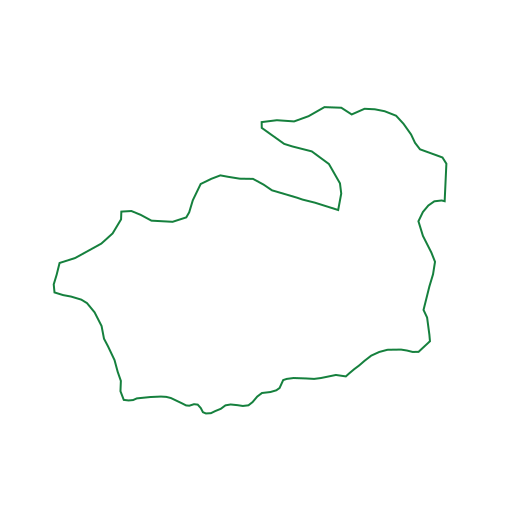 outline of Samcheok-si, Gangwon, South Korea, rotated 104°
{"feature_id": "91817680B11339106619066", "entity_name": "Samcheok-si", "entity_type": "district", "adm_level": 2, "iso_a3": "KOR", "parent_name": "South Korea", "parent_adm1": "Gangwon", "projection": "equal_earth", "projection_center": [129.14, 37.249], "detail": "fine", "context": "isolated", "style": "outline", "palette": "green", "viewbox_px": 512, "rotation_deg": 104, "n_neighbors": 0, "source": "geoboundaries", "source_scale": "gbopen_adm2", "svg_char_len": 1757}
<svg xmlns="http://www.w3.org/2000/svg" viewBox="0 0 512 512"><g transform="rotate(104 256 256)"><path d="M157.2,86.2L120.4,93.6L115.3,98.9L112.8,122.7L107.7,129.1L100.6,134.9L92.0,144.9L86.0,154.0L84.4,166.2L84.9,176.2L86.9,186.3L95.5,197.4L91.5,209.1L95.0,225.6L107.6,238.8L116.2,251.6L119.2,268.6L124.7,282.9L130.3,281.4L134.3,271.3L140.4,255.8L140.9,247.3L141.0,227.2L149.1,207.5L165.2,192.1L174.8,188.4L191.5,187.4L190.0,211.8L190.0,224.5L189.5,230.3L188.4,256.4L184.9,265.9L181.9,277.6L184.9,290.4L185.9,302.1L186.4,310.1L191.9,318.0L199.5,327.1L217.2,330.8L229.8,331.4L235.4,333.0L243.0,345.2L247.0,366.0L244.0,377.7L242.5,387.8L245.4,397.1L245.5,397.4L253.1,395.8L268.8,400.6L281.4,409.1L301.7,431.0L309.9,444.3L310.3,444.9L322.4,444.9L332.5,445.4L340.1,442.7L340.6,433.7L340.1,425.7L340.6,415.0L342.6,408.6L349.7,399.0L361.3,388.9L373.0,383.5L379.5,377.7L391.2,368.1L401.8,362.2L409.9,356.9L420.0,354.8L427.6,349.5L427.0,344.7L425.5,340.4L423.0,337.2L418.4,324.4L415.4,314.3L414.4,309.0L414.4,304.2L416.9,292.0L417.9,287.7L417.4,284.5L414.8,280.3L414.3,276.6L416.9,272.8L420.4,269.7L420.9,266.5L419.4,261.7L416.3,258.0L412.8,253.2L408.3,249.5L406.2,244.7L405.2,237.8L404.7,232.5L402.7,227.2L398.6,224.0L392.1,220.8L387.5,217.1L384.5,209.1L381.4,203.8L378.4,201.2L369.8,199.6L367.8,196.4L365.3,190.0L362.7,177.8L361.2,169.9L358.7,163.5L356.7,159.3L352.1,149.7L351.1,139.7L347.1,137.0L342.0,133.3L337.5,129.6L331.4,125.3L324.8,120.1L319.3,113.2L315.2,105.8L313.2,98.3L311.7,92.5L311.2,86.7L311.2,80.9L309.7,75.1L296.6,66.6L290.5,68.7L274.3,75.1L267.8,80.4L254.2,80.4L243.6,80.4L230.9,79.8L218.3,80.9L210.2,86.7L196.1,98.9L183.0,106.8L172.9,104.7L165.3,101.0L159.8,96.2L157.2,89.3L157.2,86.2Z" fill="none" stroke="#15803d" stroke-width="2"/></g></svg>